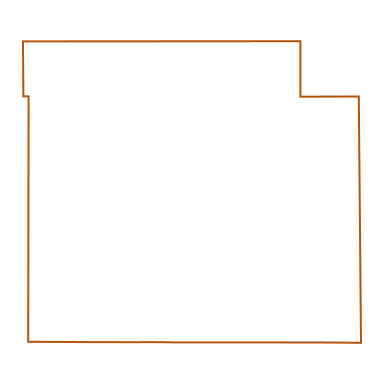 outline of Barber, Kansas, United States of America
{"feature_id": "52423323B11094144333814", "entity_name": "Barber", "entity_type": "district", "adm_level": 2, "iso_a3": "USA", "parent_name": "United States of America", "parent_adm1": "Kansas", "projection": "orthographic", "projection_center": [-98.676, 37.234], "detail": "fine", "context": "isolated", "style": "outline", "palette": "amber", "viewbox_px": 384, "rotation_deg": 0, "n_neighbors": 0, "source": "geoboundaries", "source_scale": "gbopen_adm2", "svg_char_len": 412}
<svg xmlns="http://www.w3.org/2000/svg" viewBox="0 0 384 384"><path d="M358.8,96.5L300.4,96.7L300.4,41.2L23.0,41.4L23.4,96.4L28.6,96.4L28.2,341.8L31.3,341.8L89.2,342.1L89.5,342.1L94.9,342.1L131.6,342.2L133.5,342.2L134.4,342.2L149.8,342.1L171.8,342.3L173.8,342.4L260.2,342.4L260.3,342.4L323.7,342.5L324.7,342.5L329.5,342.5L357.4,342.8L361.0,342.8L358.8,96.5Z" fill="none" stroke="#b45309" stroke-width="2"/></svg>